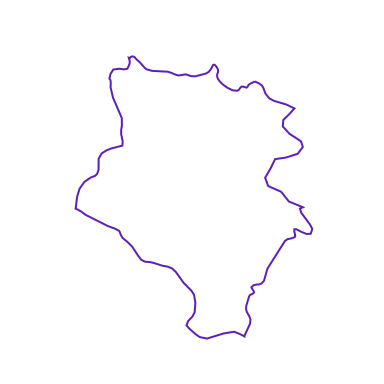 SVG path tracing the border of Poni, rotated 296°
{"feature_id": "BFA-2837", "entity_name": "Poni", "entity_type": "Province", "adm_level": 1, "iso_a3": "BFA", "parent_name": "Burkina Faso", "parent_adm1": "", "projection": "equal_earth", "projection_center": [-3.283, 10.293], "detail": "fine", "context": "isolated", "style": "outline", "palette": "violet", "viewbox_px": 384, "rotation_deg": 296, "n_neighbors": 0, "source": "natural_earth", "source_scale": "10m", "svg_char_len": 2247}
<svg xmlns="http://www.w3.org/2000/svg" viewBox="0 0 384 384"><g transform="rotate(296 192 192)"><path d="M143.9,295.6L140.4,294.7L138.2,292.6L136.9,290.3L135.3,288.3L132.5,287.1L131.8,287.8L129.9,290.9L128.8,291.8L127.5,291.4L124.9,289.4L123.3,289.1L113.3,290.7L110.3,292.0L108.3,293.8L105.0,298.5L103.2,300.3L99.3,301.9L85.6,302.2L85.2,302.4L85.3,300.8L85.3,296.4L84.8,291.0L78.7,282.4L66.8,269.7L65.0,262.5L65.6,258.6L67.9,249.8L69.6,245.5L74.2,245.1L80.3,247.0L85.1,247.1L93.9,243.6L100.6,238.8L102.9,235.0L106.7,224.3L113.2,212.2L114.6,207.4L114.2,202.7L112.8,197.8L111.4,188.4L110.5,184.6L108.8,180.5L108.8,176.0L109.8,174.1L110.8,172.0L116.7,162.1L118.9,155.6L120.3,149.7L122.5,146.5L124.2,144.8L125.1,143.6L125.3,139.1L124.5,131.3L124.8,107.2L125.2,104.1L125.8,101.5L126.1,96.8L125.9,94.8L137.1,90.9L145.6,89.5L153.8,90.8L160.4,94.5L164.1,97.9L166.7,98.8L170.9,98.3L181.0,93.5L187.1,93.9L191.8,96.8L195.6,100.2L203.2,109.1L207.3,107.4L212.9,103.0L217.1,101.0L220.9,99.9L227.7,96.5L242.0,79.8L250.4,72.9L254.2,71.3L256.8,69.7L257.7,68.1L262.5,67.0L267.6,67.6L271.0,72.8L272.4,77.2L274.6,79.9L279.2,79.8L282.0,78.9L284.9,76.4L285.0,76.3L285.2,77.5L285.6,77.5L286.5,77.8L287.4,78.4L288.0,79.6L288.0,81.4L287.5,82.6L287.0,83.6L285.7,88.2L283.0,94.8L282.4,97.5L283.3,102.8L289.4,117.3L289.9,120.1L290.3,126.0L290.8,128.7L291.8,130.3L294.5,134.0L295.1,135.3L295.8,140.7L297.4,144.2L304.6,152.6L307.1,154.3L310.5,155.1L315.5,155.3L316.3,156.5L315.4,159.0L313.5,161.6L311.3,162.8L308.6,163.1L306.6,164.1L305.0,165.8L303.6,168.3L302.2,172.4L301.2,178.0L301.2,183.8L302.8,188.3L304.6,189.4L306.7,189.7L308.5,190.3L309.2,192.1L309.7,195.3L311.1,195.9L312.8,195.8L314.8,196.8L316.9,198.5L318.2,199.4L318.9,200.8L319.0,204.4L318.4,208.1L316.8,210.5L312.7,214.8L310.0,220.5L309.9,226.1L312.0,238.6L312.0,247.4L303.5,244.9L296.8,242.5L290.7,244.9L287.1,253.9L285.3,267.8L281.0,271.9L272.6,270.2L264.1,261.3L258.0,252.3L247.7,252.3L236.8,251.5L230.7,258.0L231.3,271.9L225.9,283.3L226.9,298.4L224.4,296.3L221.2,299.4L214.3,312.6L211.5,316.3L206.5,317.0L204.5,313.4L204.1,307.7L204.3,302.2L203.4,300.3L201.2,301.4L198.8,303.4L197.0,304.3L194.8,302.7L191.2,298.3L188.6,297.0L156.2,293.4L143.9,295.6Z" fill="none" stroke="#5b21b6" stroke-width="2"/></g></svg>